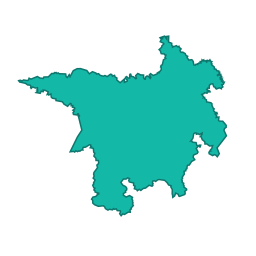 Lombardia, Bergamo, Italy (Natural Earth projection), rotated 172°
{"feature_id": "23120603B71310509030930", "entity_name": "Lombardia", "entity_type": "district", "adm_level": 2, "iso_a3": "ITA", "parent_name": "Italy", "parent_adm1": "Bergamo", "projection": "natural_earth1", "projection_center": [9.792, 45.657], "detail": "fine", "context": "isolated", "style": "filled", "palette": "teal", "viewbox_px": 256, "rotation_deg": 172, "n_neighbors": 0, "source": "geoboundaries", "source_scale": "gbopen_adm2", "svg_char_len": 5759}
<svg xmlns="http://www.w3.org/2000/svg" viewBox="0 0 256 256"><g transform="rotate(172 128 128)"><path d="M74.9,213.3L77.9,213.3L77.1,211.9L77.3,210.7L79.0,213.9L83.6,213.0L82.4,211.6L84.1,209.0L81.0,207.0L80.8,206.2L83.0,204.7L83.4,203.3L86.3,201.3L85.2,199.8L84.8,197.0L81.6,196.2L81.4,195.3L80.3,194.9L81.6,192.6L80.9,191.7L83.4,190.6L85.2,185.9L86.5,185.4L87.2,183.9L86.7,183.6L86.9,181.2L88.9,179.2L89.8,179.1L89.6,178.4L91.3,178.5L91.6,177.5L95.8,176.5L98.1,178.7L99.4,177.6L98.3,175.0L99.0,174.0L100.7,176.4L101.9,176.9L103.6,175.9L104.1,173.9L104.8,174.1L105.6,175.4L105.2,178.3L108.0,178.8L110.7,180.6L113.1,178.8L112.8,175.9L113.7,175.8L115.2,177.8L117.6,178.8L117.8,180.9L118.3,181.1L119.0,180.3L119.3,177.3L120.9,177.4L122.2,179.1L123.4,178.6L123.6,177.3L122.0,175.7L122.3,174.5L125.2,173.7L124.9,176.9L129.5,173.9L132.5,177.2L132.0,179.0L133.8,180.5L134.0,182.0L136.2,181.5L136.7,183.3L137.9,183.7L141.5,181.8L143.5,183.2L145.2,182.7L148.3,184.1L149.6,185.9L151.7,185.8L152.0,186.8L155.4,188.7L158.7,187.0L160.8,190.7L166.7,193.4L170.1,193.8L174.2,192.4L178.2,186.9L178.8,189.0L181.1,186.4L182.1,187.4L182.2,190.2L188.5,191.3L189.5,192.3L190.7,191.9L191.5,193.0L192.9,192.6L192.4,193.4L194.2,192.3L196.0,192.6L199.8,189.7L204.2,190.2L205.1,188.9L208.2,189.7L210.6,191.6L217.2,189.9L219.0,191.1L219.8,189.5L221.0,189.0L224.8,190.1L226.3,189.3L228.0,190.3L229.7,190.1L228.9,188.6L223.3,186.5L221.4,184.6L219.0,184.1L218.3,182.8L218.8,181.8L218.4,180.7L216.7,181.9L214.0,180.4L212.1,180.5L212.1,179.1L213.0,178.3L212.2,177.9L212.3,177.1L214.1,175.9L210.1,174.6L208.8,176.6L207.0,175.7L206.5,176.4L206.7,177.3L205.1,177.0L201.9,174.9L203.4,172.4L202.2,172.5L201.9,171.7L199.6,172.4L199.7,169.2L198.8,168.1L195.3,166.8L195.5,165.2L189.3,163.1L188.1,160.6L184.8,157.9L181.7,160.4L181.0,160.0L181.2,157.9L179.5,157.9L180.1,156.3L178.1,155.6L178.0,154.5L180.1,153.3L178.9,152.2L180.3,150.8L180.1,149.0L176.6,148.0L175.9,149.1L175.1,148.9L175.5,146.9L173.8,147.1L175.4,146.2L174.0,132.3L179.3,126.2L188.6,112.5L185.2,112.4L184.1,111.6L182.8,112.7L181.3,111.6L179.7,112.2L178.9,111.7L177.2,112.7L175.7,112.5L175.9,113.4L175.0,115.1L172.8,114.9L168.5,116.8L167.3,116.4L167.5,115.2L166.9,114.8L168.1,113.7L165.2,112.7L165.3,108.7L164.4,107.7L165.7,104.9L164.0,102.6L164.2,100.3L161.8,99.9L161.8,98.7L162.1,96.9L164.0,95.6L163.7,92.9L167.9,88.7L168.5,86.9L168.2,85.1L169.5,83.2L167.8,81.1L169.8,78.4L169.7,77.3L170.9,76.3L170.2,73.6L169.1,73.0L170.4,71.4L169.4,70.3L169.5,69.2L166.0,67.5L166.3,66.6L167.7,66.7L167.7,65.9L169.5,64.7L172.3,64.5L174.0,62.6L173.0,61.3L173.3,58.5L171.8,56.7L168.3,54.6L163.2,54.4L162.0,53.0L161.6,51.3L159.3,49.5L157.8,50.1L154.7,49.1L153.7,50.2L152.9,49.4L150.8,49.5L150.2,47.7L147.2,47.1L147.1,45.9L148.2,44.3L147.0,42.1L145.1,43.7L143.5,42.9L139.4,44.7L137.5,44.3L137.4,46.7L135.9,47.4L136.1,48.3L133.5,50.5L134.1,52.1L133.4,53.2L133.8,54.0L133.4,55.8L134.1,57.2L133.2,58.7L135.9,60.9L139.4,59.9L141.9,62.0L141.6,63.8L139.2,64.7L139.3,66.1L137.9,66.9L137.6,68.5L138.5,70.3L141.1,72.1L142.6,75.1L139.6,78.1L137.0,77.7L135.3,78.7L133.5,77.7L134.6,76.0L134.2,74.4L130.1,72.8L130.4,70.3L129.1,69.4L130.2,67.0L128.0,65.9L127.5,64.6L125.3,65.7L124.0,64.4L121.4,66.0L118.9,66.1L115.1,68.4L112.3,67.0L111.3,67.9L111.6,68.5L110.9,69.4L111.5,70.3L110.7,72.1L108.9,72.0L108.1,71.2L105.7,72.6L104.2,72.6L99.0,71.1L96.9,68.5L95.7,65.9L93.3,64.8L93.8,63.7L92.7,60.9L93.4,56.6L93.3,55.7L92.5,55.4L93.2,55.3L93.3,53.1L91.4,54.1L89.8,56.9L87.4,55.3L87.2,53.6L86.5,53.1L81.0,54.3L80.4,55.5L80.6,57.3L78.5,58.6L78.5,59.5L80.8,61.6L80.5,63.2L81.1,63.9L80.5,65.5L81.9,66.6L81.6,68.4L82.1,69.2L80.9,70.7L81.1,71.8L78.7,74.4L78.5,77.3L76.7,77.6L76.5,79.0L75.3,79.5L74.8,82.0L74.0,82.8L72.4,82.8L69.7,86.0L66.3,87.3L67.6,90.0L66.8,92.1L62.9,93.2L62.0,94.5L63.3,98.3L60.6,100.4L62.3,101.3L62.6,104.1L65.5,104.8L66.6,105.6L66.6,106.6L67.5,106.5L65.1,108.9L63.7,113.3L62.5,113.8L60.8,113.4L61.1,112.3L59.1,112.5L58.3,111.5L55.3,112.7L55.7,111.2L57.6,109.4L56.8,109.2L56.1,106.1L53.9,103.8L54.0,101.4L52.2,101.3L49.7,98.8L46.6,98.8L48.0,95.9L49.4,94.9L50.0,94.0L49.5,93.7L50.6,93.5L51.3,92.4L51.2,91.2L48.0,88.9L46.4,89.6L44.8,88.9L43.6,87.1L41.2,89.8L42.6,95.9L31.6,106.6L33.3,112.4L32.4,114.1L30.7,115.0L30.4,117.0L33.2,121.5L36.6,122.1L37.3,122.9L36.4,126.2L39.2,126.2L38.4,127.5L39.7,129.7L37.6,129.6L37.9,131.0L39.2,131.1L40.7,132.9L40.8,133.9L40.0,134.9L40.8,135.6L41.8,138.9L41.4,140.1L42.4,141.5L46.5,142.9L46.5,145.0L48.0,146.4L47.9,147.6L49.1,147.5L48.7,148.0L50.3,151.0L48.1,151.4L47.4,152.3L44.9,151.5L44.6,152.6L41.7,152.4L41.8,153.1L44.7,155.0L43.3,156.5L42.0,156.1L41.5,159.0L39.7,160.0L37.9,160.0L37.3,156.9L35.6,156.0L35.8,155.0L35.0,154.3L32.0,155.1L30.1,153.9L30.0,154.7L28.3,155.5L29.1,157.8L27.4,158.1L26.3,160.0L27.6,160.1L27.4,161.5L28.9,161.2L28.7,163.0L29.5,163.3L28.9,163.9L28.0,163.3L28.2,164.0L30.3,164.4L28.5,164.6L29.5,165.1L28.1,166.2L29.8,167.7L28.1,168.2L29.7,168.5L31.8,167.4L32.1,167.9L30.1,168.9L29.4,170.5L30.4,171.0L30.2,171.8L32.0,172.3L32.8,174.1L34.3,174.5L34.0,176.3L36.5,179.1L35.9,179.8L36.6,180.9L35.7,182.1L36.9,182.6L37.4,184.1L38.5,183.1L39.7,183.9L40.9,182.3L42.1,183.8L43.7,183.9L43.6,184.9L44.7,184.5L45.2,185.1L45.6,183.6L47.2,183.7L46.9,182.5L48.1,183.0L47.6,182.4L48.8,182.4L48.8,181.5L49.1,182.1L50.1,181.9L50.2,181.2L51.8,181.7L53.3,180.4L52.8,180.9L54.0,181.3L54.2,185.0L55.3,186.8L58.3,186.8L59.7,189.6L58.9,190.7L60.5,191.8L61.0,193.7L63.2,195.5L64.9,195.5L65.9,197.6L64.4,198.9L66.1,200.8L66.1,201.8L67.6,201.6L68.6,202.8L72.2,202.0L71.8,202.5L73.2,203.5L72.9,205.8L75.9,207.5L74.9,213.3ZM81.2,212.0L81.4,211.6L82.0,211.8L81.2,212.0ZM59.5,99.2L59.1,99.2L58.4,100.9L59.7,101.1L59.5,99.2ZM40.5,184.4L40.7,184.0L40.6,183.5L40.5,184.4Z" fill="#14b8a6" stroke="#0f766e" stroke-width="1.5"/></g></svg>